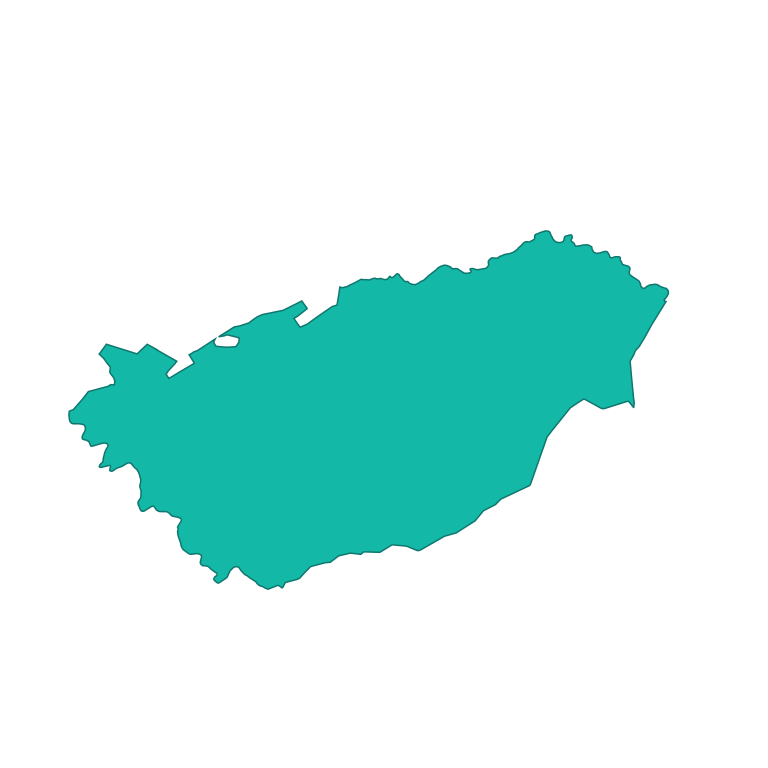 outline of Pilskalnes pag., Neretas, Latvia, rotated 332°
{"feature_id": "27541924B3554610472983", "entity_name": "Pilskalnes pag.", "entity_type": "district", "adm_level": 2, "iso_a3": "LVA", "parent_name": "Latvia", "parent_adm1": "Neretas", "projection": "equal_earth", "projection_center": [25.154, 56.226], "detail": "fine", "context": "isolated", "style": "filled", "palette": "teal", "viewbox_px": 768, "rotation_deg": 332, "n_neighbors": 0, "source": "geoboundaries", "source_scale": "gbopen_adm2", "svg_char_len": 6134}
<svg xmlns="http://www.w3.org/2000/svg" viewBox="0 0 768 768"><g transform="rotate(332 384 384)"><path d="M93.4,260.3L91.4,263.1L90.0,266.5L89.2,268.9L89.3,271.0L89.8,272.0L90.9,273.2L95.8,275.8L98.6,277.8L99.7,279.0L100.1,280.0L100.1,281.1L99.9,282.1L99.5,283.1L98.5,284.4L97.6,285.3L94.2,287.5L92.5,289.2L92.0,290.2L92.2,291.5L94.7,293.8L96.1,295.7L96.4,296.7L96.0,300.7L96.2,301.3L96.6,301.6L97.4,302.0L105.9,303.7L108.8,304.6L110.0,305.2L111.2,306.4L111.5,306.7L111.7,307.8L111.5,308.8L110.9,309.5L107.5,311.5L104.9,313.8L101.1,318.0L99.4,320.6L99.0,320.9L96.6,321.5L95.2,322.0L94.2,322.8L93.8,323.4L93.8,323.8L94.3,324.4L95.6,325.0L103.0,326.8L103.7,327.3L104.0,328.0L103.8,328.3L101.3,331.4L101.3,331.8L101.9,332.7L103.1,333.4L108.7,332.9L113.8,333.7L120.0,333.4L121.5,333.7L122.9,334.7L123.5,335.7L124.6,341.0L125.7,343.4L125.8,346.9L125.4,349.8L124.2,354.7L123.4,356.0L122.0,357.5L120.3,359.7L119.3,364.3L116.5,369.3L115.3,370.5L112.1,372.2L110.9,373.4L110.3,375.5L110.3,376.9L109.9,380.5L110.0,381.9L111.1,383.1L112.5,383.6L121.2,383.0L122.7,383.4L123.2,383.9L123.6,385.0L123.8,388.1L125.2,390.5L126.5,391.6L132.2,394.7L133.5,396.7L134.5,400.2L135.0,401.2L139.9,405.3L141.1,406.9L141.5,408.0L141.4,408.7L140.8,409.6L134.9,413.1L134.4,413.8L134.3,414.9L133.6,416.1L133.2,416.8L132.5,417.2L131.5,419.7L130.9,421.8L129.8,428.9L128.9,431.7L128.8,433.1L128.8,435.4L129.0,436.1L132.0,442.2L132.5,442.9L134.0,443.9L139.5,446.0L141.3,447.8L142.1,449.1L142.1,450.2L141.8,450.9L138.3,454.9L137.9,455.5L137.7,456.2L137.8,457.7L138.6,459.3L141.4,461.0L142.9,462.4L143.5,463.5L144.4,466.6L145.3,468.3L146.2,470.4L147.5,472.3L147.5,473.1L147.1,474.1L146.5,474.6L144.0,474.9L142.5,475.9L142.1,476.5L141.9,477.2L142.6,479.3L143.5,481.4L143.8,481.7L144.6,482.1L145.7,482.1L153.4,481.3L154.4,481.1L155.2,480.7L158.6,477.9L161.0,476.5L163.9,475.6L165.9,475.3L167.8,475.9L169.5,477.3L169.7,477.6L170.2,481.9L171.6,486.8L173.2,489.2L174.8,492.9L175.7,494.2L178.2,498.9L178.2,500.4L178.4,501.1L179.2,503.1L179.6,503.8L182.0,506.2L182.7,507.5L185.1,510.7L196.0,512.0L196.6,512.8L198.1,515.9L198.7,516.2L199.1,516.1L203.2,513.3L203.9,513.0L215.4,515.7L217.3,515.9L218.3,515.9L224.0,513.8L232.4,511.1L233.8,510.8L248.2,514.2L252.8,516.2L263.1,514.5L263.9,514.6L274.9,517.5L283.4,523.4L283.9,523.5L286.8,522.8L287.5,522.8L301.2,530.6L302.7,530.6L315.3,529.8L316.0,530.0L327.7,537.7L335.3,546.8L336.2,547.3L338.7,547.7L365.3,546.8L366.5,546.9L377.7,549.4L400.2,547.6L412.3,542.6L425.8,542.8L433.1,540.5L465.1,542.0L466.0,541.5L467.7,540.0L503.0,507.4L509.3,504.5L537.3,492.5L538.2,492.4L547.8,491.4L552.5,491.1L553.4,491.2L554.2,491.9L564.2,507.2L565.3,508.3L566.7,509.1L589.5,513.3L591.2,513.8L591.8,514.2L592.0,514.8L593.3,521.8L593.6,521.8L595.8,518.6L597.2,515.4L597.3,514.7L606.5,492.4L612.1,479.3L617.7,475.9L621.5,472.7L627.2,470.6L637.9,464.1L648.4,457.2L671.7,443.6L670.9,442.9L670.8,441.9L670.9,441.2L671.5,440.7L671.8,440.9L672.2,440.6L674.3,439.9L677.5,437.8L678.2,436.6L678.4,435.6L678.8,435.2L678.2,432.1L677.5,431.8L675.1,429.1L673.5,427.2L672.2,424.8L670.5,423.4L669.2,422.8L664.8,421.3L662.3,421.2L658.9,421.8L657.8,421.2L657.1,420.2L656.6,418.5L657.4,415.9L657.5,413.1L657.3,412.4L653.2,404.8L652.4,402.9L652.5,401.6L652.7,400.7L655.3,397.8L655.6,396.8L655.5,395.9L654.9,394.5L652.4,392.2L651.0,390.7L650.7,390.0L651.0,386.9L650.8,386.0L650.9,385.0L652.0,383.4L651.7,382.6L650.8,381.7L648.5,380.5L647.0,380.0L644.7,379.6L643.6,379.0L643.1,378.1L643.4,375.5L643.4,374.0L643.0,371.8L642.7,371.5L640.7,370.4L636.4,369.7L634.1,368.9L633.1,368.4L631.9,367.3L630.9,365.7L631.1,364.1L630.9,363.0L631.8,360.4L629.5,357.0L625.9,355.1L619.8,353.2L617.7,352.1L617.6,351.4L617.9,350.0L617.9,349.1L616.5,345.7L616.5,345.4L616.8,344.6L619.0,343.2L619.6,341.2L619.6,340.8L619.2,340.2L616.9,339.4L613.5,338.7L612.6,339.0L611.9,339.5L610.9,340.9L609.6,342.1L608.2,342.4L606.9,342.1L605.2,341.5L603.1,339.8L602.3,339.0L601.2,335.3L601.4,333.6L601.3,331.0L601.6,328.0L601.5,327.3L600.6,326.0L598.1,324.5L592.4,323.5L590.6,323.6L588.3,323.1L587.4,323.3L586.9,323.6L585.3,326.2L584.4,326.9L579.2,326.8L578.3,326.5L576.6,325.2L575.4,324.8L574.3,324.9L573.0,325.1L570.0,326.2L566.4,327.0L565.1,327.7L560.3,328.4L556.2,327.9L554.3,327.3L553.3,326.8L550.5,326.2L546.6,325.9L546.5,325.7L545.5,325.6L544.6,326.1L543.1,326.0L541.8,325.4L538.8,323.4L537.5,323.2L535.1,323.9L533.7,324.7L533.4,325.0L532.5,327.5L532.1,328.1L531.1,328.9L529.6,329.4L527.9,329.6L519.9,326.9L516.3,323.5L514.8,322.9L514.1,322.9L513.7,323.4L513.9,325.4L513.5,325.9L512.9,326.1L511.2,325.9L509.6,325.4L506.9,323.8L504.4,319.5L503.7,317.9L503.1,317.0L501.9,316.0L498.8,314.5L498.3,313.9L497.6,311.9L497.1,311.2L495.4,309.1L493.1,307.4L489.1,306.7L486.4,306.8L483.1,307.8L474.6,309.2L468.0,311.0L464.4,310.8L460.9,311.2L458.4,310.9L456.9,310.2L455.3,308.8L453.7,307.0L453.2,304.8L450.6,303.3L450.2,302.8L450.1,301.9L448.7,296.5L448.6,294.3L447.8,293.1L446.5,292.8L443.0,293.9L441.5,293.9L440.7,293.5L440.3,293.1L439.8,291.9L439.4,291.6L437.9,292.5L435.8,293.1L434.7,292.4L433.8,292.4L431.2,290.0L430.8,289.3L427.0,287.9L425.5,286.2L423.8,285.7L419.8,285.2L416.7,283.2L414.2,281.9L413.5,281.2L412.8,280.8L406.8,280.9L399.3,280.6L398.0,280.8L392.6,279.5L392.1,279.3L391.2,278.2L390.5,277.7L386.5,283.2L379.5,292.3L374.7,291.3L357.8,293.2L344.3,295.1L336.7,294.5L336.5,294.4L335.2,283.8L340.0,283.5L351.5,281.4L351.6,281.1L351.3,278.8L350.4,272.1L329.5,271.6L309.3,265.6L303.7,265.2L299.0,265.7L292.7,266.7L292.1,266.4L283.9,265.0L278.6,263.3L260.1,264.7L266.0,266.6L268.4,266.8L275.3,272.9L277.8,275.3L275.4,279.1L270.7,281.5L262.6,277.8L258.7,275.4L253.3,271.7L253.2,267.1L256.1,265.0L235.0,266.9L230.7,266.3L230.3,266.6L225.7,266.7L226.3,276.3L226.3,276.5L226.0,276.7L209.5,277.4L196.7,278.1L196.2,273.1L199.8,271.1L209.0,267.9L211.7,266.6L199.2,246.9L199.5,246.9L193.6,237.8L180.1,241.5L157.6,218.6L146.5,223.9L147.0,225.0L148.6,230.3L149.5,236.8L150.3,240.6L147.6,244.6L147.3,245.9L148.3,251.6L147.8,254.4L148.0,254.6L145.5,258.1L143.1,256.8L142.6,256.3L139.2,256.5L119.4,251.9L111.5,255.5L98.4,260.5L97.7,260.8L93.4,260.3Z" fill="#14b8a6" stroke="#0f766e" stroke-width="1.5"/></g></svg>